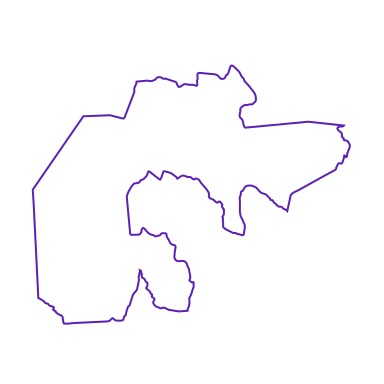 the Province of Salta, rotated 176°
{"feature_id": "ARG-1303", "entity_name": "Salta", "entity_type": "Province", "adm_level": 1, "iso_a3": "ARG", "parent_name": "Argentina", "parent_adm1": "", "projection": "orthographic", "projection_center": [-65.55, -24.191], "detail": "fine", "context": "isolated", "style": "outline", "palette": "violet", "viewbox_px": 384, "rotation_deg": 176, "n_neighbors": 0, "source": "natural_earth", "source_scale": "10m", "svg_char_len": 6013}
<svg xmlns="http://www.w3.org/2000/svg" viewBox="0 0 384 384"><g transform="rotate(176 192 192)"><path d="M93.9,181.5L98.3,166.3L99.9,168.0L102.0,168.9L103.3,170.5L103.8,170.9L104.8,171.2L105.9,171.3L106.5,171.5L107.2,171.9L109.1,174.0L111.4,176.3L112.0,177.9L112.5,178.3L113.4,178.4L114.1,178.6L114.4,179.0L114.6,180.0L114.9,180.5L116.6,182.2L117.9,184.0L118.7,184.5L122.9,186.3L123.3,186.6L125.1,188.6L127.0,191.2L128.2,192.3L129.8,193.2L131.8,194.1L133.7,194.5L137.0,194.3L138.7,193.4L141.3,189.7L141.7,189.5L142.5,189.3L142.9,188.9L143.3,188.2L143.4,186.5L144.2,184.5L144.5,184.0L144.7,183.3L144.9,181.7L144.8,179.5L145.3,173.6L145.6,168.6L145.3,165.4L144.9,163.9L143.3,160.0L143.1,159.2L141.9,156.0L141.8,155.5L141.7,153.9L141.9,152.4L143.2,146.7L143.6,145.9L144.1,145.5L144.5,145.4L145.6,145.6L148.0,146.7L149.4,146.7L151.0,147.9L151.8,148.2L153.3,148.1L153.9,148.3L161.3,152.7L163.1,154.6L163.4,155.2L163.4,155.6L163.1,158.1L163.1,159.2L163.3,161.9L162.8,163.1L162.9,163.6L163.4,164.8L163.4,165.1L162.4,166.5L161.7,167.9L161.4,172.3L161.6,172.9L161.9,173.2L162.3,173.3L162.5,174.3L163.2,175.4L162.7,176.8L162.8,177.6L164.6,180.3L164.9,180.5L165.7,180.6L166.3,180.3L166.9,179.7L167.8,179.7L168.9,180.4L171.3,182.9L174.1,184.3L175.2,185.2L175.4,187.2L175.2,189.6L175.6,190.7L177.3,193.7L182.5,200.6L183.5,202.6L184.0,203.5L184.4,203.8L186.6,205.1L187.1,205.2L187.9,205.0L188.7,204.5L189.6,204.5L190.5,205.1L192.2,206.8L193.4,207.1L194.7,207.2L195.6,207.4L197.9,208.5L199.9,209.1L201.9,208.5L203.1,207.9L205.2,206.4L205.7,206.4L205.9,206.7L206.5,208.0L210.8,211.6L212.5,212.7L217.4,214.5L218.1,214.6L218.7,214.6L219.1,214.3L221.5,208.7L222.9,206.6L223.5,206.8L233.2,215.5L233.6,215.5L234.1,215.4L234.6,214.7L235.4,212.6L236.0,211.5L236.8,210.6L239.6,208.1L242.4,207.3L242.7,207.0L243.5,205.7L244.0,205.2L244.9,204.9L245.9,204.9L247.1,204.6L248.7,204.6L249.2,204.4L250.1,203.7L251.5,202.2L254.6,198.0L256.4,194.7L257.2,192.2L257.4,191.5L256.6,155.4L256.5,154.5L256.2,153.8L254.5,153.4L248.0,153.2L247.0,153.5L245.3,155.6L244.8,158.1L244.4,158.7L243.3,159.6L241.9,158.7L239.2,155.0L237.3,153.2L235.6,152.3L233.3,151.6L231.9,150.3L231.0,150.2L230.0,150.6L227.3,150.9L225.5,152.6L224.9,152.9L223.8,153.0L222.4,152.7L221.1,152.6L220.8,152.4L220.6,152.2L220.4,151.6L220.3,149.4L220.1,148.8L218.3,145.3L217.7,143.5L216.8,142.0L216.2,141.4L214.6,140.6L213.0,140.1L212.5,139.6L212.2,138.7L212.2,138.1L213.3,133.7L214.1,128.8L214.0,127.4L213.8,126.5L213.2,125.6L212.4,124.7L211.5,124.1L210.0,123.9L205.7,123.9L205.0,123.7L204.5,123.5L203.4,122.6L202.7,121.8L202.3,121.0L201.3,117.3L200.5,115.8L199.9,110.4L199.7,109.5L199.7,106.7L199.9,105.8L200.7,104.2L200.6,103.7L198.7,102.0L198.3,101.8L197.5,101.9L196.9,101.9L196.6,101.4L197.0,98.9L196.9,97.6L197.2,96.6L198.4,94.3L198.9,92.6L200.3,89.2L202.0,86.6L202.1,86.3L202.2,82.6L202.3,80.9L203.2,77.8L204.3,75.7L204.6,75.1L204.7,73.8L213.6,73.8L223.4,76.1L227.0,78.2L229.0,78.7L230.9,78.1L232.4,78.5L233.4,79.2L234.6,79.8L235.6,80.1L236.1,80.4L237.9,82.8L238.4,84.0L238.4,84.9L238.1,85.6L237.4,86.5L236.9,87.8L237.5,88.8L239.3,90.2L239.4,90.8L239.0,91.9L238.9,92.4L239.2,92.8L240.2,93.5L240.4,93.8L240.6,95.1L241.4,96.1L244.3,99.0L244.2,99.9L243.3,100.9L243.1,101.5L242.8,103.8L242.9,104.7L244.2,105.6L245.6,108.6L246.1,109.1L247.3,109.6L247.9,110.9L248.1,112.4L247.7,113.7L248.3,114.5L248.5,117.1L249.5,117.6L249.4,116.9L250.6,112.6L251.1,111.5L251.2,107.4L253.5,99.0L254.2,97.7L256.9,95.1L258.2,93.3L262.2,83.2L262.6,82.8L263.6,82.2L264.0,81.6L265.7,77.5L266.5,74.3L267.0,73.4L268.0,72.9L268.4,72.5L269.4,69.4L270.3,68.9L271.7,68.6L276.6,69.0L277.6,69.5L279.7,71.5L280.3,71.7L282.8,69.6L283.6,69.1L285.6,68.8L318.4,69.5L326.2,69.3L329.2,69.9L329.6,72.6L329.4,73.6L329.8,74.3L329.8,76.1L330.1,77.1L330.9,77.9L333.3,79.1L335.5,80.8L336.1,81.5L336.5,82.9L337.5,83.1L338.3,83.8L338.5,84.2L338.2,84.2L338.5,85.0L338.3,85.6L337.9,86.1L337.8,86.5L338.2,87.0L338.8,87.4L341.3,88.1L342.2,88.8L343.4,90.5L346.1,91.5L346.6,91.9L346.9,92.8L347.8,93.7L351.4,96.3L352.7,96.8L350.8,189.5L350.7,205.4L311.0,255.2L295.1,275.1L268.4,274.3L256.8,270.4L254.9,270.1L253.9,271.4L242.8,295.2L242.5,296.1L242.4,299.1L242.0,300.2L240.1,303.8L239.6,306.0L229.0,306.2L228.2,306.1L225.5,305.4L223.9,305.6L221.3,306.5L220.8,306.8L219.8,307.8L218.7,308.6L217.5,308.9L216.4,308.9L215.4,308.6L213.7,307.7L212.8,307.0L211.9,306.8L210.6,307.0L201.0,303.1L200.2,302.6L199.8,301.9L199.1,299.7L198.4,298.3L197.9,297.7L196.7,297.8L195.2,298.5L192.4,300.1L191.4,300.1L186.4,299.0L184.6,299.1L182.1,298.4L180.7,297.7L180.1,297.6L179.5,298.0L179.3,298.8L179.1,303.0L178.7,304.1L178.4,305.4L178.5,308.0L178.5,308.7L178.0,309.7L177.4,310.2L177.1,310.3L175.4,310.2L160.5,307.7L158.4,306.6L157.1,305.1L155.9,303.5L155.3,303.0L153.5,302.7L152.6,302.8L151.9,303.1L151.3,303.5L150.9,304.0L150.0,306.0L148.6,306.7L148.0,307.3L147.4,308.4L145.0,314.4L144.2,315.2L143.4,315.4L143.1,315.3L142.1,314.7L140.5,313.1L137.3,309.5L136.3,308.2L134.3,303.6L133.1,302.2L132.6,301.5L131.9,299.0L127.8,293.9L123.6,287.7L122.5,285.7L121.8,283.1L121.7,280.8L121.8,279.4L122.1,278.5L122.6,277.8L124.1,276.6L125.3,275.5L125.8,275.3L129.1,275.3L131.2,274.9L133.3,275.0L134.1,274.8L134.6,274.6L137.1,272.8L137.8,271.9L138.0,271.5L138.1,271.1L138.0,269.7L139.2,265.3L139.2,264.3L139.0,263.5L138.4,262.5L137.5,261.5L136.6,260.1L136.4,259.3L135.7,254.5L135.0,253.0L134.5,252.6L134.1,252.5L132.4,252.5L71.1,254.0L35.9,247.7L36.1,247.5L37.0,246.9L37.8,246.8L38.7,247.0L39.7,247.0L40.8,246.7L41.8,246.3L42.5,245.5L42.4,244.4L41.3,242.9L39.6,241.5L38.4,239.8L38.5,237.7L38.7,237.2L38.5,236.8L37.8,235.8L37.0,235.1L37.0,234.6L37.2,234.3L36.8,233.5L36.5,233.0L35.9,232.8L34.9,232.8L33.2,231.9L32.8,231.4L31.3,228.0L31.3,227.1L31.5,225.8L34.0,220.5L34.6,218.5L34.9,216.9L35.3,216.3L36.0,216.1L37.0,217.5L37.5,217.8L37.9,216.7L38.2,215.0L40.1,210.5L41.0,209.9L42.8,210.4L43.8,210.3L44.4,209.7L46.3,206.5L46.7,204.9L47.0,204.5L47.9,203.9L59.8,198.5L85.2,186.6L90.2,184.6L92.8,183.1L93.9,181.5Z" fill="none" stroke="#5b21b6" stroke-width="2"/></g></svg>